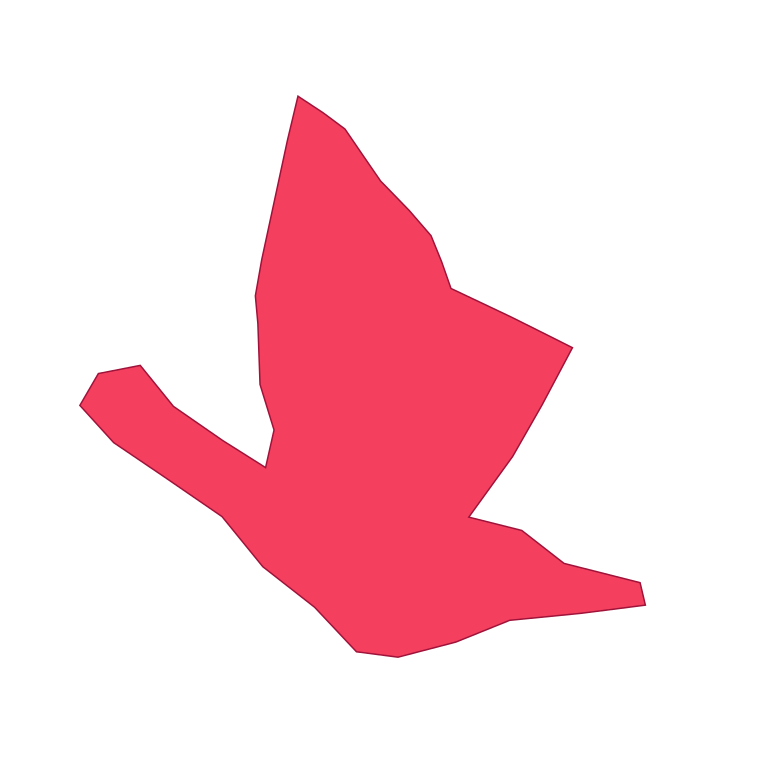 Hazar, Balkan, Turkmenistan (Robinson projection), rotated 280°
{"feature_id": "10190150B7816159308361", "entity_name": "Hazar", "entity_type": "district", "adm_level": 2, "iso_a3": "TKM", "parent_name": "Turkmenistan", "parent_adm1": "Balkan", "projection": "robinson", "projection_center": [53.382, 39.496], "detail": "fine", "context": "isolated", "style": "filled", "palette": "rose", "viewbox_px": 768, "rotation_deg": 280, "n_neighbors": 0, "source": "geoboundaries", "source_scale": "gbopen_adm2", "svg_char_len": 710}
<svg xmlns="http://www.w3.org/2000/svg" viewBox="0 0 768 768"><g transform="rotate(280 384 384)"><path d="M448.5,242.0L421.6,249.3L362.0,262.0L319.6,283.7L281.1,281.9L300.4,234.8L325.4,180.5L360.0,140.7L344.7,100.9L310.1,88.2L279.3,128.0L254.2,184.1L225.3,247.5L183.0,296.4L152.1,354.4L115.5,403.4L117.4,445.2L142.4,499.7L173.1,548.8L192.4,617.9L211.6,679.8L232.8,670.7L238.6,592.4L263.7,545.1L267.6,490.6L335.0,523.3L390.8,543.3L452.5,563.3L453.7,559.2L463.4,526.8L472.0,497.8L489.7,433.4L514.3,419.6L538.2,404.6L559.2,378.8L577.5,353.5L583.3,345.4L606.4,322.7L628.3,301.3L640.4,277.2L649.8,255.5L652.5,249.3L607.6,246.6L485.3,242.0L448.5,242.0Z" fill="#f43f5e" stroke="#9f1239" stroke-width="1.5"/></g></svg>